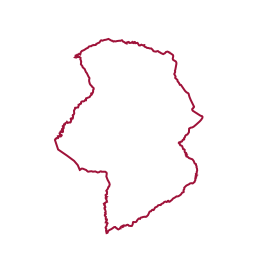 the district of Areza, Debub, Eritrea, rotated 336°
{"feature_id": "51966322B88449484299376", "entity_name": "Areza", "entity_type": "district", "adm_level": 2, "iso_a3": "ERI", "parent_name": "Eritrea", "parent_adm1": "Debub", "projection": "orthographic", "projection_center": [38.502, 14.876], "detail": "fine", "context": "isolated", "style": "outline", "palette": "rose", "viewbox_px": 256, "rotation_deg": 336, "n_neighbors": 0, "source": "geoboundaries", "source_scale": "gbopen_adm2", "svg_char_len": 5761}
<svg xmlns="http://www.w3.org/2000/svg" viewBox="0 0 256 256"><g transform="rotate(336 128 128)"><path d="M198.7,79.5L197.4,77.3L196.9,76.8L196.7,75.9L196.1,75.6L195.9,75.0L195.2,74.3L193.7,74.0L192.1,74.7L190.2,74.8L188.5,72.9L188.2,72.2L187.5,71.6L186.7,70.0L186.0,69.7L184.6,69.6L183.0,68.6L182.5,68.0L182.3,66.6L181.6,64.8L180.3,64.2L178.9,63.0L178.0,62.6L177.3,61.5L176.6,60.9L176.1,60.0L176.6,58.9L175.2,58.5L174.0,57.3L172.5,57.5L171.7,57.0L171.3,54.1L169.5,53.6L169.4,52.5L169.1,52.1L168.5,52.0L168.3,52.8L167.9,52.9L166.9,52.1L166.8,51.2L165.7,51.5L164.1,51.0L163.8,50.6L163.8,49.9L163.6,49.7L163.0,49.9L162.7,49.9L162.4,49.4L161.6,49.4L161.2,49.6L161.0,50.1L160.1,49.2L159.8,48.3L158.6,47.0L158.3,45.5L157.9,45.3L156.3,45.2L155.7,44.8L153.3,44.1L152.0,43.9L150.7,43.1L150.1,43.2L149.6,42.8L149.3,42.0L148.6,41.7L146.4,38.7L143.7,38.4L142.4,38.0L140.1,37.8L139.4,37.1L138.7,37.0L136.6,38.3L135.1,38.2L134.0,38.4L133.4,38.2L132.3,39.0L130.5,38.4L130.0,38.0L129.4,38.2L128.5,38.0L127.6,38.3L126.8,37.9L125.3,37.7L123.9,38.5L122.5,38.4L119.8,38.9L117.0,38.9L115.7,39.6L114.3,41.4L113.4,40.4L112.1,41.0L111.6,40.8L111.4,40.4L110.8,40.6L109.6,40.5L109.2,41.6L108.4,41.9L109.3,42.6L110.6,42.5L111.7,43.1L112.6,43.3L113.2,44.7L112.4,45.8L112.5,47.0L112.2,47.7L112.2,48.4L110.9,50.6L111.5,53.1L111.3,54.1L112.4,56.5L112.3,59.8L112.7,61.1L112.8,65.2L113.1,66.4L112.8,67.3L112.1,68.1L111.5,69.6L111.1,72.1L111.4,73.8L111.9,74.7L111.9,75.5L112.8,77.4L112.7,77.9L112.6,78.4L111.6,79.1L110.8,80.8L109.4,82.0L108.6,81.4L108.3,81.6L108.2,82.8L107.0,83.1L105.5,84.1L101.7,83.9L101.3,84.7L100.8,84.8L100.8,85.0L101.1,85.3L100.9,85.6L99.9,85.2L99.0,85.6L98.1,85.6L97.2,85.1L96.3,85.0L95.6,85.4L95.0,86.6L94.6,86.7L93.6,86.5L93.1,86.9L92.3,86.7L92.0,87.5L90.8,88.9L90.1,88.6L88.9,88.5L88.0,88.0L87.8,88.1L87.5,88.8L85.7,90.2L84.8,92.8L83.8,93.7L82.9,93.7L82.6,94.0L82.5,95.2L81.6,96.6L81.1,97.0L80.1,96.4L80.0,96.1L79.4,96.3L79.2,98.0L77.9,99.4L77.5,99.5L76.6,99.0L75.0,98.8L74.7,97.6L74.1,98.0L72.5,98.2L71.9,99.1L71.0,98.7L70.0,100.4L69.4,99.7L69.1,99.8L69.0,101.0L69.3,101.7L69.0,102.1L67.5,102.0L67.1,102.3L67.0,103.0L67.7,103.5L67.1,105.0L66.3,105.1L65.9,104.7L65.5,103.8L65.1,103.7L64.7,104.0L64.1,104.8L63.3,105.0L63.2,106.2L64.4,107.3L64.5,107.7L64.3,107.9L63.1,108.4L62.0,107.9L61.4,107.2L60.7,107.0L60.6,108.0L60.1,108.6L59.6,108.1L59.1,108.1L58.4,108.6L57.6,108.3L56.4,109.2L55.4,119.2L61.1,128.5L65.4,136.1L67.0,141.5L66.9,146.7L67.5,146.7L68.9,146.2L70.1,146.7L72.7,149.4L73.3,151.0L73.8,151.7L76.1,152.3L77.3,152.8L78.1,153.6L80.5,154.4L82.2,156.3L83.7,156.6L85.0,156.4L85.7,156.6L86.1,157.2L89.4,158.7L90.2,160.0L90.0,161.1L88.5,163.5L88.3,166.9L88.6,170.7L88.2,172.4L87.3,173.2L87.0,173.8L85.9,174.0L85.0,175.2L82.6,176.6L82.9,177.9L82.0,179.3L82.0,179.7L81.8,179.9L80.3,180.1L80.0,180.8L80.0,181.5L80.6,182.2L79.4,182.5L79.1,182.8L79.1,183.1L79.6,183.3L79.7,183.5L79.1,184.1L79.1,185.8L78.8,186.2L78.8,186.9L77.3,186.9L75.1,187.4L75.1,187.6L75.8,188.1L75.0,189.0L75.3,189.5L75.1,189.9L75.2,190.8L75.1,191.1L74.0,191.4L73.9,191.6L74.1,192.0L73.7,192.5L73.9,193.0L73.6,195.3L73.1,196.1L72.8,196.1L72.9,196.8L72.5,197.0L72.5,197.6L71.7,197.7L71.2,198.6L71.7,200.2L71.0,201.2L70.6,202.5L71.5,202.9L71.4,203.4L70.6,204.2L69.3,205.0L69.2,205.2L70.0,205.6L70.5,206.3L70.6,206.7L69.3,207.7L68.5,208.9L67.1,209.7L66.9,210.8L67.1,211.5L66.3,212.6L66.4,213.2L66.0,213.6L65.7,215.3L66.4,215.4L66.8,215.3L68.1,213.9L70.4,213.6L71.7,213.6L75.1,212.9L76.1,213.3L76.3,214.1L76.9,214.9L77.3,216.0L77.9,216.7L79.6,216.6L80.1,216.2L80.5,216.5L80.9,215.7L81.8,215.3L82.4,215.3L82.8,216.3L83.8,216.2L84.0,216.0L83.9,215.2L84.5,215.2L86.2,216.3L87.3,216.1L88.2,216.2L88.7,216.6L89.0,217.6L90.9,218.8L91.8,219.0L93.1,217.9L94.2,216.2L94.6,216.0L96.2,216.9L97.1,217.1L98.0,216.8L98.5,216.2L100.6,215.2L101.0,215.1L102.0,215.9L102.8,215.2L103.4,215.1L104.8,215.4L105.7,215.4L106.7,215.8L107.5,215.9L108.0,216.4L108.8,216.5L110.9,215.7L113.6,213.3L114.2,213.2L115.2,213.4L115.7,213.0L117.0,212.6L117.8,213.3L118.2,213.3L120.4,211.7L123.0,211.6L124.0,210.9L125.4,211.1L126.2,211.6L126.6,211.7L127.5,211.0L129.5,211.0L130.8,210.4L132.0,210.4L132.4,210.5L133.1,211.3L133.7,211.3L134.8,210.8L135.2,210.9L135.5,212.1L136.0,212.3L139.0,211.5L140.3,210.8L143.3,210.5L144.4,210.2L145.9,210.8L147.5,210.7L149.2,210.3L151.2,209.1L152.7,209.2L153.1,208.6L153.4,207.4L154.7,206.5L155.1,205.4L156.1,205.0L158.0,204.3L161.0,204.2L161.8,203.9L163.3,204.1L164.4,204.9L165.0,204.9L165.9,204.5L166.6,204.5L168.5,202.8L168.7,201.8L169.7,201.3L169.6,200.4L170.6,200.2L170.5,199.3L171.7,199.0L171.2,198.3L171.3,197.6L172.5,197.1L173.1,195.8L173.8,195.2L174.5,193.3L174.6,191.7L175.1,190.9L175.0,189.8L175.4,188.7L174.5,187.5L174.6,184.8L174.1,182.8L171.5,180.3L170.8,178.6L169.8,177.8L169.8,177.2L170.7,176.6L169.9,175.8L170.0,175.6L170.7,175.6L171.0,175.1L170.9,174.3L170.2,173.8L170.1,173.4L170.3,172.1L170.9,171.1L170.5,170.1L169.8,169.7L170.1,166.7L169.8,166.0L168.7,165.0L168.8,164.1L168.3,162.3L168.8,161.9L169.3,161.9L170.2,162.4L170.8,162.0L171.9,162.2L173.1,161.2L174.5,161.3L174.8,161.1L174.9,160.2L176.1,159.7L177.1,158.5L178.4,158.0L179.6,158.1L181.9,156.7L183.6,153.4L185.4,153.2L186.9,153.6L188.5,153.5L191.7,152.6L196.3,151.1L198.3,150.2L200.1,149.0L200.6,148.1L200.5,147.4L199.2,146.2L194.3,138.8L194.1,138.1L194.1,137.3L194.5,136.7L195.7,136.4L196.1,135.8L196.8,135.7L197.0,135.4L196.7,128.0L196.8,124.6L197.3,121.2L197.0,120.5L196.0,119.3L195.2,117.3L193.9,110.2L192.9,109.6L193.0,108.5L192.8,108.0L192.9,107.3L192.3,105.6L192.7,104.3L191.5,101.4L192.4,100.3L192.2,97.5L193.8,96.1L194.0,95.7L194.1,94.9L195.0,93.9L198.3,89.1L198.7,88.2L198.8,87.5L198.7,86.6L197.0,84.2L196.9,83.7L197.1,82.8L198.4,81.0L198.7,80.2L198.7,79.5Z" fill="none" stroke="#9f1239" stroke-width="2"/></g></svg>